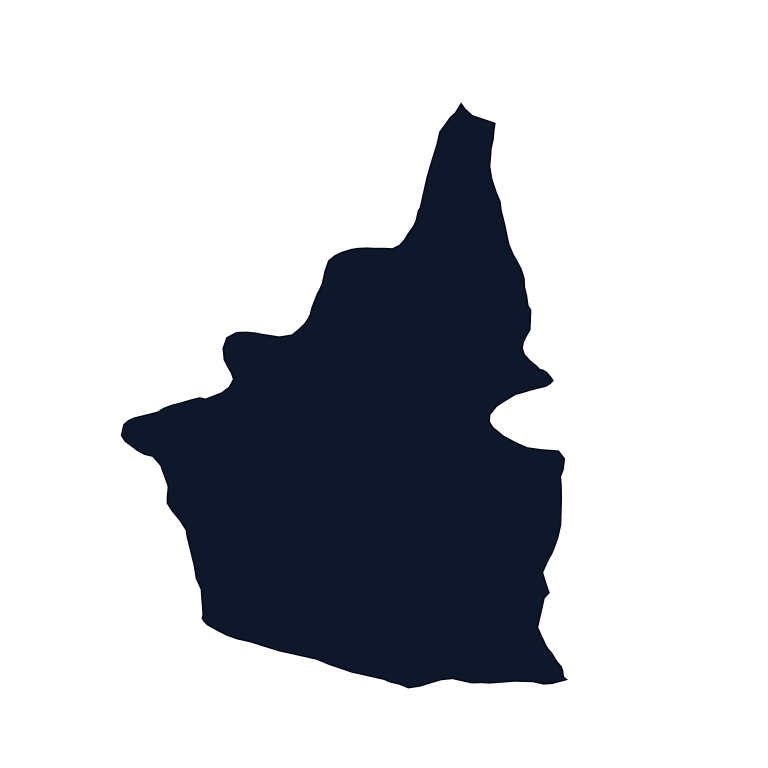 the district of Owo, Ondo, Nigeria, rotated 193°
{"feature_id": "59680162B88663407419721", "entity_name": "Owo", "entity_type": "district", "adm_level": 2, "iso_a3": "NGA", "parent_name": "Nigeria", "parent_adm1": "Ondo", "projection": "orthographic", "projection_center": [5.559, 7.096], "detail": "fine", "context": "isolated", "style": "filled", "palette": "ink", "viewbox_px": 768, "rotation_deg": 193, "n_neighbors": 0, "source": "geoboundaries", "source_scale": "gbopen_adm2", "svg_char_len": 2764}
<svg xmlns="http://www.w3.org/2000/svg" viewBox="0 0 768 768"><g transform="rotate(193 384 384)"><path d="M220.2,425.3L223.5,428.3L228.4,431.9L232.0,433.1L235.7,433.1L239.3,435.5L246.6,439.1L253.9,444.0L257.6,450.1L257.7,456.1L256.5,462.2L254.1,469.6L257.8,489.0L261.5,492.7L265.2,502.4L268.9,509.7L271.3,518.2L276.3,526.7L284.8,536.4L287.2,538.8L293.4,547.3L297.0,554.6L302.0,565.6L309.3,580.1L311.8,587.4L317.9,595.9L325.3,608.1L330.2,620.2L331.5,630.0L332.7,637.3L332.8,643.1L332.8,647.0L334.0,655.6L334.6,662.8L348.2,664.2L358.4,665.2L366.9,670.0L371.9,674.4L375.4,663.9L379.0,659.0L386.2,641.9L386.1,629.7L387.3,613.8L388.4,595.5L388.3,579.7L388.2,568.7L388.2,563.9L389.4,560.2L389.3,550.5L390.5,544.4L394.1,535.8L396.5,528.5L400.1,522.4L406.1,517.5L413.4,516.2L424.3,513.7L431.6,512.4L440.1,510.0L446.2,507.5L454.6,502.6L460.7,497.7L465.5,491.5L466.7,480.6L466.6,468.4L467.8,461.1L469.0,457.4L470.1,450.1L471.2,442.3L471.3,441.5L471.3,435.5L472.4,430.6L474.8,424.5L479.7,417.1L484.5,411.0L490.5,408.5L496.6,406.1L514.8,404.7L519.7,404.7L529.4,403.4L539.1,400.9L547.5,393.6L548.7,382.6L545.0,371.7L538.8,364.4L535.2,360.8L531.5,354.7L533.9,346.1L534.3,345.7L539.9,338.8L550.8,331.4L554.4,329.0L560.5,328.9L567.8,325.2L578.6,319.1L585.9,315.4L593.2,310.5L598.0,305.6L602.8,303.1L619.8,294.5L624.6,290.8L628.2,285.9L628.2,274.9L623.3,270.1L612.3,265.3L609.9,264.1L601.4,261.7L592.9,261.7L583.1,254.5L577.8,246.2L572.1,237.5L570.9,235.0L569.6,225.3L568.3,219.2L562.2,213.2L551.3,204.7L546.2,199.6L544.8,198.2L543.9,197.4L541.5,191.4L537.8,184.1L532.9,174.3L528.0,164.6L525.5,158.5L523.1,152.5L515.7,142.8L513.2,134.3L510.8,127.0L508.3,118.4L508.3,114.8L505.8,112.4L502.2,109.9L490.0,106.4L480.3,104.0L469.4,102.8L456.0,102.9L442.7,101.8L425.7,100.6L403.8,100.8L388.0,100.9L374.2,98.6L373.5,98.5L361.3,97.3L350.4,96.2L339.1,96.3L334.6,96.3L317.6,96.4L311.6,95.2L301.8,95.2L291.9,93.6L281.2,97.8L272.8,102.7L261.9,108.9L251.0,112.6L243.5,112.6L241.3,112.6L231.6,112.7L225.9,114.1L221.9,115.2L214.6,116.4L206.1,118.9L202.1,120.2L190.3,123.9L178.2,126.4L172.2,127.6L168.5,127.6L161.2,127.7L152.8,130.2L139.8,137.1L143.1,138.7L144.3,141.2L145.5,144.8L148.0,148.5L152.9,152.1L155.3,154.5L160.2,159.4L165.1,163.0L167.5,165.4L179.7,181.2L179.8,189.7L179.8,200.7L179.9,211.6L176.3,217.8L178.7,221.4L182.4,227.5L187.3,236.0L186.1,242.1L184.9,248.2L182.5,256.7L181.4,262.8L180.3,272.9L180.2,273.8L180.3,286.0L180.3,286.3L185.5,312.5L189.0,326.1L191.4,333.4L190.3,340.8L191.5,351.7L198.9,357.8L207.3,356.5L215.8,355.2L230.4,353.9L242.6,356.3L255.9,359.9L268.1,365.9L273.0,370.8L274.2,378.1L269.4,387.8L263.4,394.0L259.8,397.6L253.7,403.6L248.8,406.1L240.3,411.0L233.1,414.7L225.8,418.4L222.2,422.1L220.2,425.3Z" fill="#0f172a" stroke="#020617" stroke-width="1.5"/></g></svg>